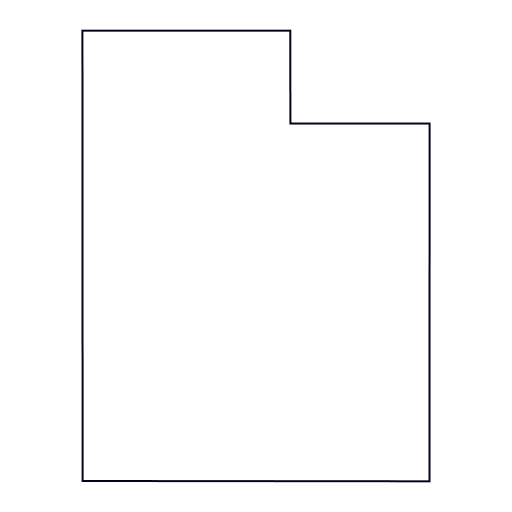 the border of Utah
{"feature_id": "USA-3526", "entity_name": "Utah", "entity_type": "State", "adm_level": 1, "iso_a3": "USA", "parent_name": "United States of America", "parent_adm1": "", "projection": "mercator", "projection_center": [-111.421, 39.5], "detail": "fine", "context": "isolated", "style": "outline", "palette": "ink", "viewbox_px": 512, "rotation_deg": 0, "n_neighbors": 0, "source": "natural_earth", "source_scale": "10m", "svg_char_len": 1799}
<svg xmlns="http://www.w3.org/2000/svg" viewBox="0 0 512 512"><path d="M290.3,30.7L290.3,36.6L290.3,42.4L290.3,48.2L290.3,54.1L290.3,59.9L290.3,65.7L290.3,71.5L290.3,77.3L290.3,83.1L290.3,88.9L290.4,94.7L290.4,100.4L290.4,106.2L290.4,112.0L290.4,117.7L290.4,123.5L299.1,123.5L307.8,123.5L316.5,123.5L325.2,123.5L333.9,123.5L342.6,123.5L351.3,123.5L360.0,123.5L368.7,123.5L377.4,123.5L386.1,123.5L394.8,123.5L403.5,123.5L412.2,123.5L420.9,123.5L429.6,123.5L429.6,135.0L429.6,146.5L429.6,157.9L429.6,169.4L429.6,180.8L429.6,192.2L429.6,203.5L429.6,214.9L429.6,226.2L429.6,237.5L429.6,248.8L429.6,260.1L429.5,271.3L429.5,282.5L429.5,293.7L429.5,304.9L429.5,316.1L429.5,327.2L429.5,338.4L429.5,349.5L429.5,360.6L429.5,371.6L429.5,382.7L429.5,393.7L429.5,404.7L429.5,415.7L429.5,426.7L429.5,437.6L429.5,448.6L429.5,459.5L429.5,470.4L429.5,481.3L418.7,481.3L407.9,481.3L397.0,481.3L386.2,481.2L375.3,481.2L364.5,481.2L353.6,481.2L342.8,481.2L332.0,481.2L321.1,481.2L310.3,481.2L299.4,481.2L288.6,481.2L277.8,481.2L266.9,481.1L256.1,481.1L245.2,481.1L234.4,481.1L223.5,481.1L212.7,481.1L201.9,481.1L191.0,481.1L180.2,481.1L169.3,481.1L158.5,481.1L147.7,481.0L136.8,481.0L126.0,481.0L115.1,481.0L104.3,481.0L93.4,481.0L82.6,481.0L82.6,467.4L82.6,453.8L82.6,440.1L82.6,426.4L82.6,412.7L82.6,399.0L82.6,385.2L82.6,371.4L82.6,357.6L82.5,343.7L82.5,329.8L82.5,315.9L82.5,301.9L82.5,288.0L82.5,273.9L82.5,259.9L82.5,245.8L82.5,231.7L82.5,217.6L82.5,203.4L82.5,189.2L82.5,175.0L82.5,160.7L82.5,146.4L82.5,132.0L82.5,117.7L82.5,103.3L82.5,88.8L82.5,74.4L82.4,59.8L82.4,45.3L82.4,30.7L95.4,30.7L108.4,30.7L121.4,30.7L134.4,30.7L147.4,30.7L160.4,30.7L173.4,30.7L186.4,30.7L199.4,30.7L212.4,30.7L225.4,30.7L238.4,30.7L251.4,30.7L264.3,30.7L277.3,30.7L290.3,30.7Z" fill="none" stroke="#020617" stroke-width="2"/></svg>